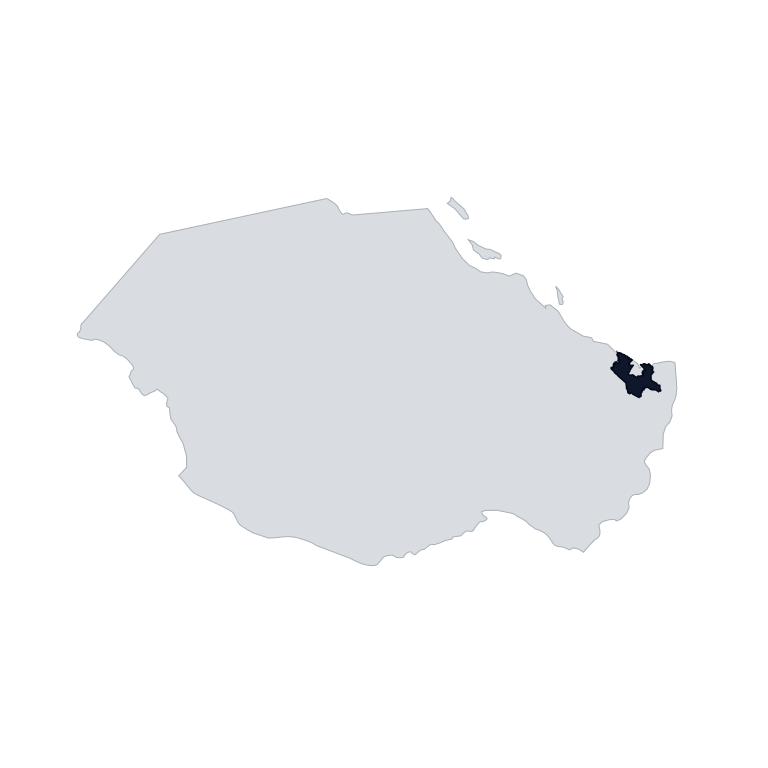 location of Lindi, Lindi, United Republic of Tanzania, rotated 311°
{"feature_id": "72390352B7713188541433", "entity_name": "Lindi", "entity_type": "district", "adm_level": 2, "iso_a3": "TZA", "parent_name": "United Republic of Tanzania", "parent_adm1": "Lindi", "projection": "equal_earth", "projection_center": [39.517, -10.037], "detail": "fine", "context": "in_parent", "style": "filled", "palette": "ink", "viewbox_px": 768, "rotation_deg": 311, "n_neighbors": 0, "source": "geoboundaries", "source_scale": "gbopen_adm2", "svg_char_len": 9056}
<svg xmlns="http://www.w3.org/2000/svg" viewBox="0 0 768 768"><g transform="rotate(311 384 384)"><path d="M311.9,537.1L305.8,532.8L300.3,530.2L295.8,527.4L293.8,524.6L289.6,523.5L285.9,523.0L282.5,520.4L275.6,519.5L274.8,517.7L274.7,513.9L273.5,512.9L270.9,511.9L268.2,511.9L266.6,512.5L265.6,512.2L263.3,510.0L261.2,507.1L260.4,502.5L257.2,499.5L253.5,497.2L243.4,497.4L241.8,496.7L239.3,494.4L236.5,490.5L234.2,486.1L232.1,480.2L230.0,472.1L218.1,440.0L216.9,433.9L214.5,427.1L210.8,418.8L206.8,412.7L201.4,407.1L195.3,401.5L191.9,397.8L185.6,382.6L184.2,375.6L183.2,368.2L183.6,365.2L187.5,355.7L187.8,353.1L187.3,349.5L185.4,341.9L182.9,332.8L177.8,316.1L177.1,311.8L177.1,308.7L180.0,291.7L179.9,289.3L191.6,289.7L200.1,282.2L207.5,271.1L209.0,266.5L212.0,259.3L214.9,255.8L216.0,253.3L217.7,246.2L221.6,241.4L225.4,237.7L224.6,235.1L225.2,234.1L227.2,232.2L231.3,230.5L232.0,226.8L232.0,222.5L231.4,220.2L231.5,217.5L230.9,215.9L228.2,215.6L224.3,213.5L221.0,212.6L218.8,211.3L217.9,210.4L217.6,207.9L219.4,201.4L217.6,198.7L221.6,187.9L222.3,186.6L223.8,186.5L226.2,185.3L228.3,184.8L230.1,185.2L231.4,184.7L232.6,183.5L233.5,179.9L234.3,173.7L233.9,168.8L232.2,164.9L231.7,159.1L232.5,151.2L231.9,144.6L230.0,139.4L228.1,136.3L225.2,134.8L220.5,126.8L219.1,123.0L219.4,120.6L221.0,119.5L223.9,119.9L226.7,119.0L229.2,116.8L231.7,116.1L233.1,116.5L349.8,116.5L486.3,219.0L486.8,220.2L487.9,229.0L487.7,232.0L485.6,237.1L485.0,239.8L485.0,241.6L485.5,242.3L487.3,242.6L488.8,243.8L489.4,244.8L490.5,248.6L492.0,250.5L543.8,300.7L545.0,301.5L544.3,305.7L541.3,315.9L541.2,320.2L540.0,325.2L538.9,328.5L536.0,342.9L533.5,348.2L530.1,360.8L529.5,370.5L531.4,377.2L532.1,383.5L536.1,389.7L539.3,391.9L541.4,394.8L545.3,401.2L547.5,407.7L554.3,410.9L557.1,418.1L556.1,423.1L552.9,427.3L549.9,434.0L547.5,442.8L547.4,456.3L549.1,454.2L552.7,457.5L553.2,467.5L549.4,479.0L548.3,484.4L548.1,489.0L550.8,502.8L554.9,509.9L554.6,512.1L553.5,513.9L560.6,526.4L560.0,537.2L562.6,545.6L563.8,552.9L565.5,558.5L565.8,562.3L563.7,566.6L568.8,567.7L571.8,571.2L573.2,574.5L576.9,574.4L578.9,576.7L581.8,578.5L588.2,584.2L589.9,587.0L590.9,589.7L573.4,607.4L567.1,611.9L562.5,614.0L557.7,615.2L553.1,618.0L548.8,622.4L543.2,624.6L536.4,624.6L529.3,627.7L518.2,636.8L511.6,631.7L506.5,630.1L500.6,630.3L497.1,630.9L495.8,632.0L494.7,635.1L493.7,640.2L489.9,645.1L483.1,649.8L476.9,651.6L471.2,650.4L467.4,648.4L465.3,645.7L462.4,644.5L458.5,644.7L454.7,646.6L451.2,650.3L445.4,651.9L437.6,651.4L433.4,649.6L432.8,646.5L429.3,643.0L423.0,638.9L418.3,638.8L415.4,642.7L412.7,645.2L410.2,646.2L408.0,646.3L404.8,645.3L396.1,644.8L387.9,645.0L387.1,639.3L385.3,635.8L383.8,633.8L381.0,633.3L380.2,631.7L379.2,628.1L377.8,625.1L375.9,622.6L374.8,620.3L374.4,618.2L374.7,615.8L376.4,610.0L376.9,606.0L376.7,601.9L375.7,597.7L373.7,592.7L374.0,591.3L373.3,587.8L373.2,585.5L373.6,582.5L373.2,578.6L371.4,570.2L371.4,568.1L369.6,564.0L364.1,554.5L363.8,553.2L355.2,543.6L351.7,541.4L350.5,543.3L350.0,544.9L350.4,548.0L350.2,549.6L349.9,550.3L347.8,550.1L346.5,549.8L343.3,547.2L340.7,546.6L334.4,547.0L332.2,547.6L330.5,547.1L327.1,542.6L323.2,541.7L319.7,541.5L313.9,536.4L311.9,537.1ZM555.2,375.7L558.1,386.3L557.7,388.3L555.7,389.5L554.6,389.6L553.4,387.9L552.5,384.3L551.0,385.2L548.4,380.9L545.8,380.7L543.5,375.6L544.4,371.1L543.9,363.5L546.7,359.6L548.2,353.0L550.0,357.5L550.5,364.5L552.9,372.7L555.2,375.7ZM568.9,312.2L569.1,314.7L568.6,317.1L568.7,324.7L568.5,329.7L566.3,336.6L564.6,339.1L563.1,338.4L561.8,337.3L560.8,335.4L562.8,322.6L561.8,313.2L565.8,314.1L568.9,312.2ZM563.2,465.8L561.2,466.4L560.4,465.8L559.2,463.7L561.3,461.9L563.4,458.5L568.2,453.4L570.4,449.4L570.1,453.3L567.4,461.9L565.0,462.5L563.2,465.8Z" fill="#d9dde1" stroke="#a8b0b8" stroke-width="1"/><path d="M543.8,550.6L543.9,551.2L543.9,551.7L543.9,551.9L543.8,552.2L543.8,552.4L543.9,552.8L543.9,553.2L544.0,553.5L544.0,553.8L543.9,554.0L543.9,554.3L543.7,554.8L543.6,559.1L543.7,560.3L543.7,560.6L543.6,562.5L543.6,565.2L543.5,565.8L543.0,566.7L542.5,567.1L541.2,568.6L539.8,569.9L539.6,570.3L539.4,571.1L539.1,572.0L538.8,572.4L538.5,572.7L538.2,572.8L537.6,573.6L537.5,574.3L537.7,575.5L537.9,575.9L538.0,576.0L539.4,576.1L539.6,576.2L539.6,576.3L539.7,577.1L539.6,578.6L539.9,579.8L540.3,581.9L540.8,583.6L541.1,585.2L541.2,585.3L541.5,585.1L541.9,585.1L542.0,585.1L542.4,585.7L542.5,585.7L543.3,586.0L543.5,585.7L543.8,585.7L544.2,585.2L544.4,585.1L544.5,585.0L544.7,584.8L544.6,584.6L544.9,584.5L545.4,584.1L545.9,584.0L546.1,583.8L546.3,583.9L546.5,584.1L546.8,584.0L547.0,584.0L547.1,583.9L547.2,583.6L547.5,583.3L548.1,583.5L548.2,583.2L548.3,583.2L548.5,583.1L549.0,582.9L550.0,584.0L550.4,583.7L550.9,583.6L551.0,583.3L551.4,583.3L551.6,583.1L551.8,583.4L552.1,583.3L553.9,584.6L554.4,585.2L554.6,585.5L554.7,586.0L554.9,588.7L555.1,589.3L555.6,590.2L555.9,590.6L557.2,592.0L557.6,592.7L557.8,593.2L558.1,594.5L558.3,596.3L558.6,596.3L559.8,596.3L559.9,597.2L560.2,597.3L560.7,597.2L560.8,597.0L561.4,595.4L561.5,595.2L562.1,594.8L563.1,593.7L563.7,593.5L563.8,593.3L563.8,592.7L563.3,592.0L562.8,591.3L562.8,591.2L562.7,590.8L562.8,590.4L563.3,589.6L563.4,589.3L562.9,587.9L562.8,586.8L562.4,585.2L562.3,583.2L562.4,582.7L563.2,582.1L564.3,581.0L564.8,580.7L565.4,579.8L565.9,579.7L566.5,579.8L567.0,579.6L567.8,579.6L568.1,579.6L568.4,579.6L568.7,579.5L569.9,579.6L569.9,579.1L569.9,578.4L569.9,578.2L570.0,577.9L570.3,577.7L570.8,577.6L571.2,577.2L571.7,576.9L572.1,576.6L572.5,576.5L572.6,576.0L572.8,575.9L572.9,575.6L573.0,575.5L573.0,575.3L573.1,575.2L573.0,574.9L573.0,574.5L572.9,574.5L572.7,574.2L572.4,573.9L572.5,573.6L572.9,572.9L573.0,572.2L573.0,571.3L573.0,571.0L572.8,570.7L572.6,570.4L572.4,570.5L571.7,570.7L571.7,570.4L571.4,570.3L571.3,570.0L571.3,570.3L571.2,570.3L571.0,569.7L570.9,569.4L570.6,568.9L570.4,567.8L570.2,567.4L569.5,566.7L569.3,566.5L568.9,566.5L568.1,566.7L567.8,566.5L567.6,566.5L567.5,566.1L567.5,565.6L567.4,565.3L567.2,565.1L566.9,565.0L566.7,565.1L566.6,568.0L566.4,569.7L566.1,571.1L565.8,572.2L565.6,571.9L565.0,571.1L564.2,570.9L563.6,571.0L563.3,571.3L562.4,571.5L562.4,571.9L562.2,572.3L562.1,572.8L562.0,573.2L561.7,573.3L561.5,573.2L561.7,572.9L561.6,572.6L561.7,572.2L561.7,571.8L561.5,572.0L561.5,572.4L561.1,572.6L561.1,573.0L561.0,573.3L560.8,573.2L560.7,573.4L560.5,573.6L560.5,573.8L560.4,573.9L559.6,573.4L558.6,572.5L557.9,572.2L557.3,571.5L557.0,571.3L556.9,570.6L556.6,570.7L556.3,570.6L556.0,570.6L555.7,570.5L555.4,570.5L555.0,570.3L554.5,570.4L554.5,569.0L554.4,568.7L554.3,568.4L554.3,567.2L554.1,565.7L553.2,565.0L552.7,564.5L552.2,564.2L551.9,563.6L551.8,563.1L551.2,562.0L552.6,561.5L554.0,561.2L554.6,561.2L555.2,560.9L556.1,560.4L557.3,560.4L557.8,560.1L558.3,560.0L558.5,560.2L559.0,560.2L560.1,559.8L561.5,560.0L561.6,559.9L561.6,559.7L560.9,559.2L560.4,558.7L559.3,556.5L559.3,556.3L560.0,555.9L560.6,555.7L561.5,555.6L561.8,555.4L562.2,555.4L564.1,555.6L565.0,555.6L564.8,554.9L565.0,554.2L564.9,553.9L564.6,553.6L564.4,553.7L564.5,553.6L564.1,553.4L563.9,553.6L563.6,553.6L563.5,553.4L563.5,553.1L563.4,553.0L563.5,552.6L563.8,552.5L563.9,552.3L564.6,552.0L564.6,551.8L564.7,551.6L564.4,551.2L564.1,551.0L563.8,550.9L564.0,550.8L564.2,550.6L564.5,549.7L564.5,549.3L564.4,549.1L564.2,548.7L563.4,548.2L563.5,547.7L563.8,547.2L563.8,546.5L563.7,546.1L563.2,545.5L563.2,545.0L563.1,544.5L562.6,543.5L562.7,543.1L562.8,542.7L562.7,542.5L562.4,542.3L562.2,541.4L562.0,541.1L561.9,541.0L561.5,541.3L561.3,541.0L561.0,540.3L561.0,539.5L560.8,539.8L560.8,540.1L560.6,540.4L560.4,540.5L560.4,540.4L560.1,540.6L559.9,540.6L559.7,540.6L559.7,540.4L559.4,540.4L559.4,540.6L559.5,540.7L559.4,540.9L559.3,541.0L559.3,541.3L559.1,541.2L559.1,541.3L558.8,541.2L558.8,541.4L558.7,541.4L558.6,541.7L558.4,541.9L558.5,542.0L558.4,542.2L558.4,542.4L558.3,542.8L558.4,543.0L558.2,543.4L558.1,543.6L557.9,543.6L557.6,543.5L557.5,544.0L557.2,544.0L556.9,544.3L556.6,544.5L556.4,544.5L556.4,545.0L555.9,545.3L555.7,545.6L555.4,545.3L555.1,545.3L555.1,545.5L555.2,545.8L555.1,546.3L555.3,546.7L555.3,547.2L554.9,547.4L554.4,547.5L554.2,547.6L553.8,547.6L553.7,547.2L553.3,546.8L553.0,546.3L553.1,545.7L553.2,545.4L553.2,545.1L553.2,544.8L552.6,544.6L552.4,544.3L552.2,544.6L551.9,544.7L551.6,544.4L551.4,544.4L551.3,544.5L551.1,544.5L550.8,545.0L550.7,544.8L550.4,544.7L550.5,544.3L550.3,544.2L550.2,543.9L550.0,544.0L549.9,544.0L549.7,544.2L549.5,544.3L549.3,544.4L549.1,544.9L548.8,544.8L548.8,545.0L548.7,545.1L548.5,545.5L548.4,545.8L548.3,545.7L548.0,545.8L547.9,545.8L548.0,545.6L547.7,545.6L547.5,545.8L547.2,545.6L546.8,545.6L546.7,545.6L546.3,545.9L546.3,546.0L546.1,545.9L546.1,545.7L545.9,545.6L545.9,545.2L545.8,544.8L545.6,544.7L545.5,544.8L545.3,544.8L545.1,545.0L544.8,545.1L544.6,545.5L544.4,545.9L544.4,546.0L544.6,546.0L544.4,546.4L544.4,546.6L544.5,546.6L544.6,546.8L544.4,547.0L544.5,547.5L544.6,547.9L544.5,548.1L544.6,548.3L544.6,548.5L544.4,548.7L544.6,549.0L544.4,549.3L544.3,549.5L544.2,549.8L544.3,550.0L544.2,550.2L544.2,550.4L543.8,550.6Z" fill="#0f172a" stroke="#020617" stroke-width="1.5"/></g></svg>